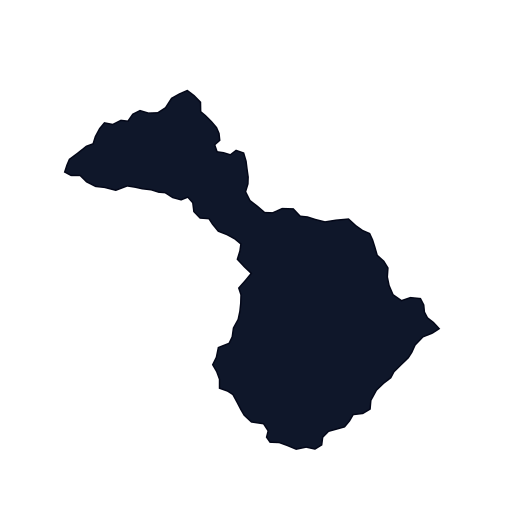 Seritinga, Minas Gerais, Brazil (orthographic projection), rotated 57°
{"feature_id": "56859067B88996032086182", "entity_name": "Seritinga", "entity_type": "district", "adm_level": 2, "iso_a3": "BRA", "parent_name": "Brazil", "parent_adm1": "Minas Gerais", "projection": "orthographic", "projection_center": [-44.473, -21.917], "detail": "fine", "context": "isolated", "style": "filled", "palette": "ink", "viewbox_px": 512, "rotation_deg": 57, "n_neighbors": 0, "source": "geoboundaries", "source_scale": "gbopen_adm2", "svg_char_len": 1933}
<svg xmlns="http://www.w3.org/2000/svg" viewBox="0 0 512 512"><g transform="rotate(57 256 256)"><path d="M81.4,370.7L87.7,367.2L92.7,359.6L101.5,357.7L110.3,352.6L116.0,345.6L124.5,337.8L127.1,325.8L132.5,319.8L137.6,314.8L143.4,307.8L149.5,302.8L153.4,297.7L161.6,294.0L168.1,288.2L169.5,281.1L176.9,280.0L184.9,283.9L193.7,282.2L199.1,275.1L205.6,275.1L214.7,274.1L222.2,268.7L230.2,264.4L237.7,262.1L243.0,266.7L248.6,273.4L258.8,271.6L268.0,269.4L270.8,278.2L273.5,287.9L280.4,289.7L287.3,294.5L293.6,299.6L299.5,305.5L304.1,314.1L310.9,320.0L314.6,326.1L312.3,337.4L319.4,344.4L323.6,351.5L331.6,351.9L339.5,353.7L347.0,358.6L353.8,353.4L359.6,350.8L368.4,351.5L376.6,352.3L383.1,352.6L392.7,350.2L400.8,341.0L409.3,341.0L413.7,345.8L419.8,345.6L425.1,338.1L432.0,332.9L439.9,327.5L443.6,318.0L450.0,311.7L450.2,303.8L444.3,298.8L442.5,290.7L445.6,280.9L447.5,274.8L445.2,267.4L441.9,260.9L446.2,252.2L446.5,243.7L439.6,238.3L434.1,228.1L432.2,218.4L431.5,209.3L428.2,203.4L426.2,193.8L424.3,183.8L421.6,177.8L417.3,171.1L414.7,160.1L416.7,149.9L416.7,142.0L408.5,143.4L401.2,145.9L394.7,145.3L388.4,142.0L381.3,141.3L375.0,149.2L372.7,158.3L363.1,162.2L353.2,160.5L345.1,157.3L337.9,151.9L330.0,151.7L321.4,154.0L313.2,151.5L306.0,149.5L299.1,148.5L292.6,152.8L285.0,155.8L275.4,158.3L269.6,169.3L265.0,179.6L257.8,186.3L251.3,191.6L246.7,197.3L236.8,199.1L230.5,208.2L228.9,218.5L224.3,225.1L215.7,227.6L206.2,230.9L196.4,229.8L191.1,223.5L185.5,219.6L178.0,216.1L171.0,212.7L162.9,210.3L156.6,215.2L157.2,222.4L151.7,227.0L147.4,231.9L140.2,230.1L139.2,223.4L133.1,220.3L126.8,219.2L119.2,220.2L110.7,222.0L104.8,223.8L96.8,218.8L87.8,220.6L79.8,223.5L78.4,232.0L77.8,240.9L82.4,251.1L82.4,260.4L77.6,268.4L70.9,274.1L70.0,282.1L73.2,290.0L68.7,295.4L67.7,304.5L61.8,310.6L64.0,317.7L68.4,325.7L73.2,331.5L71.6,338.5L72.7,349.8L73.3,359.8L76.8,365.0L81.4,370.7Z" fill="#0f172a" stroke="#020617" stroke-width="1.5"/></g></svg>